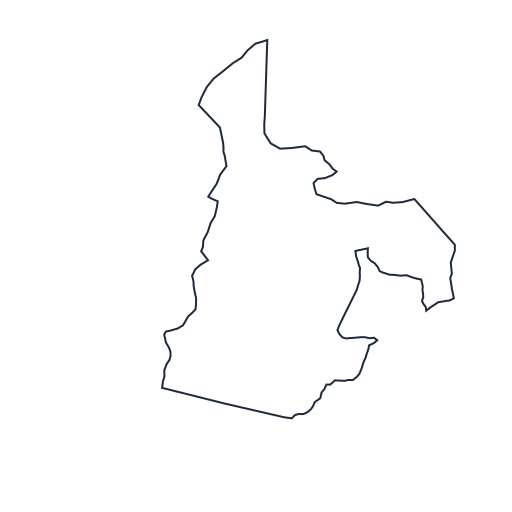 outline of Leopoldo de Bulhões, Goiás, Brazil, rotated 229°
{"feature_id": "56859067B21854607172740", "entity_name": "Leopoldo de Bulhões", "entity_type": "district", "adm_level": 2, "iso_a3": "BRA", "parent_name": "Brazil", "parent_adm1": "Goiás", "projection": "mercator", "projection_center": [-48.906, -16.556], "detail": "fine", "context": "isolated", "style": "outline", "palette": "slate", "viewbox_px": 512, "rotation_deg": 229, "n_neighbors": 0, "source": "geoboundaries", "source_scale": "gbopen_adm2", "svg_char_len": 2413}
<svg xmlns="http://www.w3.org/2000/svg" viewBox="0 0 512 512"><g transform="rotate(229 256 256)"><path d="M110.0,176.5L110.4,181.1L108.7,184.6L105.6,188.1L104.3,192.7L104.3,196.5L105.1,200.1L107.2,204.5L106.5,211.2L110.0,216.0L110.7,220.4L112.8,224.7L110.2,227.8L110.4,233.9L107.0,237.5L103.7,240.9L101.9,244.3L98.9,247.7L98.6,252.2L99.2,256.7L102.3,262.8L105.4,267.5L107.0,271.4L109.6,275.5L112.1,279.9L114.4,282.8L112.9,287.9L112.9,292.2L116.8,291.5L119.5,287.7L123.2,285.0L126.0,281.8L129.5,276.9L132.6,272.8L134.5,270.1L137.7,267.9L142.1,267.7L146.6,268.8L148.8,272.9L150.8,277.5L164.4,309.9L167.2,314.2L168.9,317.3L172.4,321.0L175.8,323.7L178.6,326.6L182.0,327.8L185.1,329.3L189.9,331.3L194.6,334.3L188.4,345.5L185.1,342.3L181.6,339.6L177.5,339.4L172.7,340.8L167.9,340.7L163.6,339.4L160.6,340.7L157.5,342.6L154.4,344.4L151.0,348.0L146.5,352.0L142.7,357.0L137.7,359.7L133.7,362.3L129.9,365.2L123.9,362.1L121.1,359.3L117.8,357.2L115.1,355.1L113.2,351.8L109.8,350.9L106.3,350.7L103.0,348.6L102.8,353.6L102.1,359.2L101.6,363.1L99.4,366.7L97.6,369.7L95.4,373.0L94.3,377.6L98.6,380.1L102.1,381.9L105.6,384.2L111.9,388.1L114.2,392.2L119.9,396.3L123.2,398.6L126.7,404.6L129.7,409.7L134.0,413.4L138.3,413.4L152.3,413.2L155.8,413.2L195.1,412.9L200.6,401.9L206.3,394.3L211.6,389.8L213.9,381.2L222.7,373.6L230.5,367.6L237.2,357.4L243.1,351.8L249.5,350.0L262.9,342.2L268.1,344.4L273.3,347.3L273.8,353.1L269.5,359.2L266.9,366.9L266.8,372.3L271.7,371.1L276.7,371.6L283.3,370.6L287.1,372.5L292.8,372.9L299.0,367.3L306.6,365.1L314.0,353.9L321.2,344.6L331.3,341.0L343.0,342.8L350.2,348.8L355.1,353.8L411.6,406.2L414.4,399.7L416.7,394.7L416.7,384.4L415.1,375.2L416.7,365.3L416.9,358.9L417.1,352.3L417.7,340.3L415.8,329.7L411.5,319.0L407.5,311.8L376.7,313.1L373.5,311.3L363.0,305.4L359.5,302.9L356.0,299.8L352.3,298.2L343.2,292.7L340.9,282.3L336.3,273.7L334.2,266.0L332.1,258.9L327.8,260.4L322.4,263.0L318.5,258.5L313.1,251.0L310.7,243.5L305.7,235.2L302.3,226.5L297.7,221.9L295.5,217.7L284.3,217.0L285.8,208.3L285.8,201.5L283.0,194.8L277.8,192.1L274.0,189.1L269.2,186.2L263.6,183.2L259.1,179.2L255.5,175.4L255.0,171.4L254.9,165.0L253.1,159.9L251.6,155.5L252.7,149.2L254.8,144.7L256.2,141.7L258.1,138.5L256.9,135.1L249.8,131.3L243.6,130.1L239.7,128.5L236.6,125.9L234.3,122.4L233.1,117.8L230.0,111.9L225.0,107.7L222.7,103.9L218.1,98.6L165.4,135.4L115.9,171.4L110.0,176.5Z" fill="none" stroke="#1e293b" stroke-width="2"/></g></svg>